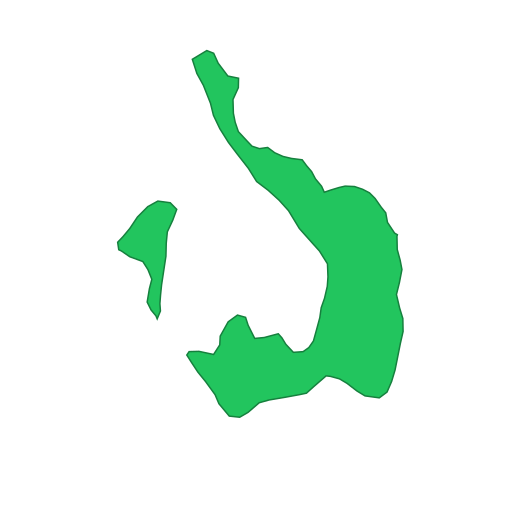 the district of Lankaran District, Lankaran, Azerbaijan, rotated 138°
{"feature_id": "54616110B17009633679109", "entity_name": "Lankaran District", "entity_type": "district", "adm_level": 2, "iso_a3": "AZE", "parent_name": "Azerbaijan", "parent_adm1": "Lankaran", "projection": "equal_earth", "projection_center": [49.011, 39.075], "detail": "fine", "context": "isolated", "style": "filled", "palette": "green", "viewbox_px": 512, "rotation_deg": 138, "n_neighbors": 0, "source": "geoboundaries", "source_scale": "gbopen_adm2", "svg_char_len": 1880}
<svg xmlns="http://www.w3.org/2000/svg" viewBox="0 0 512 512"><g transform="rotate(138 256 256)"><path d="M136.7,177.2L137.7,180.3L135.8,193.0L130.7,201.3L130.3,208.5L129.0,219.1L129.4,227.0L132.1,234.2L136.3,241.7L143.0,248.3L148.4,251.3L156.3,255.0L162.6,257.7L160.6,263.9L160.2,273.6L158.2,281.5L158.0,289.2L157.3,296.6L164.3,304.7L169.3,311.9L173.0,320.2L174.7,328.8L174.8,328.9L181.6,333.5L185.5,340.3L185.7,347.8L185.9,360.2L182.0,369.3L177.3,377.2L168.4,387.7L156.5,392.9L150.0,399.8L156.5,408.6L155.1,424.6L151.8,435.0L155.1,441.6L171.7,444.8L177.8,431.2L180.9,418.0L187.6,400.0L193.5,389.0L197.7,374.8L200.5,358.7L201.7,344.6L203.0,326.3L205.7,310.9L203.0,296.8L201.5,282.0L201.5,267.9L205.4,247.4L205.5,225.8L205.5,217.3L208.1,202.4L216.5,192.3L223.4,185.7L233.4,178.7L242.2,173.9L249.8,167.5L261.6,159.9L270.2,154.4L278.0,152.6L285.0,153.4L292.7,159.4L292.9,170.5L291.5,177.9L291.5,183.3L304.4,189.9L312.1,195.6L308.2,209.8L304.8,217.4L309.3,224.5L320.7,225.7L336.2,220.4L342.4,214.2L353.4,211.2L362.2,223.3L369.7,229.7L373.7,228.7L375.2,219.8L376.9,208.4L377.5,196.4L379.2,180.3L382.4,171.0L383.0,154.9L376.0,147.1L366.4,145.1L351.8,144.8L342.7,140.3L329.0,131.6L316.5,123.9L310.3,120.3L300.4,120.3L284.1,120.0L281.2,116.7L276.2,108.9L273.6,100.6L271.3,88.1L268.6,79.1L259.3,68.1L249.7,67.2L239.2,72.0L229.0,78.2L218.5,86.0L207.4,94.3L197.2,101.5L188.7,111.3L184.1,121.2L177.4,133.4L167.2,140.3L156.6,148.3L151.7,156.4L146.7,166.3L138.0,176.4L136.7,177.2ZM371.5,275.4L363.8,279.1L359.3,284.9L352.9,291.0L345.4,297.8L333.1,307.9L323.1,316.1L314.1,325.6L305.7,333.3L293.9,338.3L283.7,343.7L284.1,353.0L292.2,362.5L303.3,365.1L318.0,364.3L331.4,360.9L341.7,359.4L349.6,358.8L353.8,352.5L352.7,349.9L350.3,339.9L343.8,327.6L345.4,318.2L349.0,308.4L357.0,303.1L367.7,294.6L370.1,286.1L370.4,278.5L371.5,275.4Z" fill="#22c55e" stroke="#15803d" stroke-width="1.5"/></g></svg>